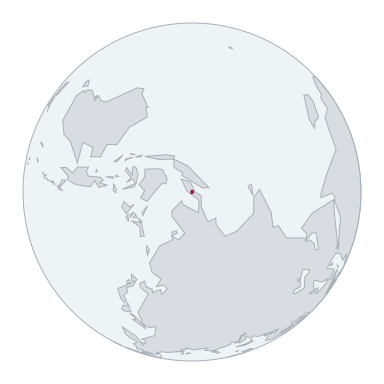 Yala highlighted on a globe, orthographic projection, rotated 172°
{"feature_id": "THA-388", "entity_name": "Yala", "entity_type": "Province", "adm_level": 1, "iso_a3": "THA", "parent_name": "Thailand", "parent_adm1": "", "projection": "orthographic", "projection_center": [101.243, 6.153], "detail": "fine", "context": "on_globe", "style": "filled", "palette": "rose", "viewbox_px": 384, "rotation_deg": 172, "n_neighbors": 0, "source": "natural_earth", "source_scale": "10m", "svg_char_len": 8602}
<svg xmlns="http://www.w3.org/2000/svg" viewBox="0 0 384 384"><g transform="rotate(172 192 192)"><circle cx="192" cy="192" r="169" fill="#eef3f6" stroke="#a8b0b8"/><path d="M351.2,241.9L350.9,243.1L350.8,243.3L351.2,241.9ZM286.0,51.6L290.1,54.7L282.8,49.5L286.0,51.6ZM278.0,46.5L279.2,47.4L276.0,45.6L275.0,45.3L271.0,43.1L266.0,40.2L263.3,38.9L264.7,39.9L261.6,38.8L259.9,37.5L254.3,35.6L244.8,31.6L244.5,31.4L256.0,35.6L267.2,40.7L278.0,46.5ZM275.6,45.6L277.0,46.5L275.9,46.0L275.6,45.6ZM268.8,42.5L266.5,41.7L267.9,41.9L268.8,42.5ZM264.7,40.9L259.4,39.7L262.1,41.3L251.5,36.5L259.5,38.8L260.8,38.7L262.1,39.7L264.7,40.9ZM246.5,34.3L244.4,33.7L245.6,33.8L246.5,34.3ZM57.4,89.9L57.7,89.7L56.9,91.1L51.6,98.3L47.4,109.5L52.3,103.6L53.8,110.5L58.2,111.5L69.1,97.8L62.0,95.8L66.0,88.8L75.8,84.7L82.8,87.5L84.6,84.9L84.6,78.2L90.6,74.4L85.1,75.6L84.0,78.4L80.5,79.5L81.3,77.1L83.4,75.7L82.5,74.1L72.7,82.1L70.5,85.8L65.6,86.2L61.6,92.6L58.6,95.1L64.4,85.4L67.2,82.2L74.1,72.1L70.7,75.4L63.9,85.4L64.0,84.4L59.3,89.8L63.0,84.9L71.3,74.0L70.3,74.8L79.3,66.1L88.8,58.2L91.2,56.4L91.7,56.3L100.4,50.5L101.8,49.8L96.3,53.3L92.7,56.0L94.8,56.9L97.0,55.9L102.5,52.2L102.4,53.3L107.4,49.7L111.7,49.3L110.6,47.0L117.0,43.5L123.1,41.5L125.0,40.1L115.1,43.6L111.4,45.5L108.5,47.6L98.1,53.4L96.0,54.1L106.2,47.2L104.4,47.7L113.1,42.8L134.3,35.2L139.9,34.7L135.8,40.3L130.8,41.9L129.8,40.5L124.9,44.7L128.1,42.9L128.0,44.1L134.1,41.7L134.3,42.4L139.8,39.2L140.7,39.8L137.3,41.9L147.1,39.7L150.7,41.0L152.8,40.2L154.1,39.0L157.9,41.8L159.3,41.2L158.6,39.9L160.9,38.0L166.4,35.8L167.4,36.9L165.6,37.8L163.2,41.7L158.1,44.5L159.1,44.7L163.8,42.7L166.6,37.8L169.7,36.3L169.0,38.3L169.5,37.4L171.3,37.0L174.1,37.8L175.2,35.6L194.0,31.7L201.2,33.4L198.5,35.3L212.8,35.5L219.8,38.5L219.1,37.2L225.5,37.2L223.4,36.2L223.5,35.6L238.8,36.5L243.2,37.9L249.1,37.9L248.7,37.4L245.8,36.2L251.5,36.5L262.1,41.3L262.4,42.1L268.8,45.0L268.5,46.8L271.2,49.9L267.1,50.9L269.6,53.8L271.9,54.7L277.0,59.7L279.7,67.9L267.5,57.2L261.5,46.7L263.1,50.3L259.8,48.5L258.6,49.4L259.9,52.4L261.9,53.3L249.0,55.0L246.4,63.5L253.8,64.0L258.7,67.7L262.2,80.5L249.5,97.0L256.0,104.2L256.6,108.6L251.5,110.6L250.4,104.2L244.9,101.4L245.2,97.8L236.6,99.8L236.5,94.7L229.8,99.3L232.7,103.6L240.3,103.3L234.6,110.0L242.7,118.2L244.0,127.5L231.4,143.1L218.1,147.3L217.3,150.4L211.9,146.5L204.9,152.2L215.1,170.4L214.9,175.6L203.4,184.7L203.1,180.9L188.7,170.7L186.1,182.9L197.0,193.8L200.8,206.3L192.4,202.0L188.6,191.1L183.5,187.1L184.8,176.4L180.5,160.4L172.1,162.9L172.7,156.6L165.4,143.5L153.3,146.8L134.0,162.2L131.4,178.4L124.7,185.1L116.5,161.1L116.6,145.6L111.2,146.7L104.8,133.3L86.6,130.8L86.1,126.8L82.2,128.2L78.0,123.8L78.2,117.5L74.7,117.4L74.7,134.4L78.8,134.6L85.2,128.8L84.2,134.8L88.6,140.8L76.0,154.3L52.6,164.7L53.9,152.6L55.1,119.3L57.2,116.0L57.3,115.6L57.6,114.9L53.9,120.2L55.4,114.1L50.7,136.3L48.4,146.0L52.2,165.3L50.9,167.1L53.2,171.3L65.2,168.4L64.4,172.4L56.5,190.4L43.3,214.2L47.2,232.1L49.8,247.0L46.2,255.7L51.4,267.4L50.2,270.9L53.3,277.4L55.1,283.9L56.3,289.6L53.2,288.1L49.3,282.0L41.9,269.6L37.3,259.9L32.2,246.8L28.1,233.2L26.9,227.8L25.0,217.6L24.1,210.9L23.2,198.1L23.2,185.3L24.2,172.5L26.1,159.7L29.1,147.2L33.0,135.0L37.8,123.0L43.4,111.5L50.0,100.4L57.4,89.9ZM86.4,98.4L93.1,100.2L96.6,91.2L99.4,91.3L99.6,88.4L96.8,90.5L98.1,82.9L103.3,81.2L105.9,77.7L103.7,77.0L94.0,81.5L92.0,92.2L87.7,95.3L86.4,98.4ZM180.4,23.4L179.1,23.6L173.9,24.1L175.3,23.9L168.5,24.9L167.4,24.9L166.7,25.0L163.7,25.4L161.6,25.8L180.4,23.4ZM59.1,88.6L59.0,89.1L59.6,89.1L56.7,92.8L59.1,88.6ZM64.6,81.2L65.0,80.8L61.1,85.5L61.2,85.2L64.6,81.2ZM68.5,77.0L65.3,80.5L67.1,78.4L68.5,77.0ZM97.0,53.0L97.8,52.7L96.6,53.6L94.6,54.9L97.0,53.0ZM153.6,28.9L155.1,28.2L156.2,28.1L161.7,26.7L163.0,26.9L160.2,27.7L153.6,28.9ZM66.0,99.9L62.8,102.2L63.0,100.7L64.0,100.2L66.0,99.9ZM58.0,97.1L58.3,99.5L57.2,98.1L58.0,97.1ZM156.0,28.8L158.1,28.1L157.4,28.7L156.0,28.8ZM164.2,26.9L164.0,27.4L163.7,26.7L164.2,26.9ZM132.3,328.2L135.8,330.2L133.4,330.1L132.3,328.2ZM65.7,247.2L67.8,272.5L63.3,271.9L59.2,264.0L56.3,248.4L60.5,244.7L61.7,237.9L65.7,247.2ZM242.7,236.9L247.6,237.9L247.4,238.7L242.7,236.9ZM237.6,233.9L243.3,234.5L236.6,235.6L237.6,233.9ZM245.5,234.7L251.2,233.5L253.7,232.3L253.3,233.9L245.5,234.7ZM233.7,233.8L212.5,232.5L204.1,230.0L206.1,227.2L219.8,228.7L233.7,233.8ZM205.4,227.1L192.5,218.3L174.6,193.9L181.0,194.6L199.7,209.8L198.5,212.2L206.3,219.0L205.4,227.1ZM236.6,213.8L235.4,221.2L223.7,219.9L218.3,218.5L214.7,208.7L216.7,204.0L221.1,204.4L237.9,189.0L243.8,193.3L238.7,199.9L243.5,206.6L236.6,213.8ZM132.1,180.0L135.7,190.0L132.1,191.4L132.1,180.0ZM244.6,178.1L237.9,184.8L243.9,175.7L244.6,178.1ZM248.0,169.5L248.5,173.1L245.7,169.5L248.0,169.5ZM217.3,155.1L212.7,155.7L212.5,153.2L218.3,151.1L217.3,155.1ZM244.9,135.6L245.1,142.6L244.3,145.0L242.1,140.6L244.9,135.6ZM170.1,32.5L161.0,33.9L155.3,35.7L153.5,37.8L152.2,35.8L160.9,32.9L170.1,32.5ZM190.9,31.5L192.5,30.3L194.4,30.8L194.3,31.2L190.9,31.5ZM190.0,30.8L187.0,29.4L189.6,28.7L191.4,29.9L190.0,30.8ZM171.2,28.1L168.4,28.4L169.0,27.9L171.2,28.1ZM312.5,306.6L312.5,307.9L307.8,312.5L302.0,317.1L298.3,318.5L312.5,306.6ZM278.3,317.1L280.2,311.5L285.5,311.3L281.6,316.1L278.3,317.1ZM316.4,303.1L320.7,298.1L324.3,291.7L321.4,297.5L322.4,297.9L313.3,307.5L316.4,303.1ZM264.2,293.1L231.9,302.7L225.3,301.0L227.9,296.4L223.8,281.8L226.0,282.2L225.8,272.6L245.4,264.6L259.8,249.3L269.6,250.8L277.7,239.6L287.4,241.0L283.9,249.9L293.2,256.5L301.5,236.5L305.3,258.7L310.8,266.9L310.0,280.9L292.9,303.6L284.9,307.7L284.3,305.5L280.7,307.7L276.5,306.5L275.8,298.8L272.3,301.0L276.5,295.5L271.0,300.3L269.6,295.3L264.2,293.1ZM333.1,257.5L334.0,258.2L334.8,262.2L333.4,261.4L333.1,257.5ZM348.7,246.2L348.6,248.1L347.9,248.5L348.7,246.2ZM350.8,243.3L350.0,243.9L351.2,241.9L350.8,243.3ZM340.4,245.1L340.7,246.5L340.2,247.0L340.4,245.1ZM340.1,244.6L341.0,242.4L340.6,244.7L340.1,244.6ZM336.4,232.3L337.1,231.2L337.4,232.1L336.4,232.3ZM254.9,238.4L261.8,232.9L265.5,232.6L254.9,238.4ZM335.6,229.8L333.9,229.5L334.1,228.3L335.6,229.8ZM335.9,227.1L335.8,225.4L336.6,229.4L335.9,227.1ZM332.7,223.2L334.7,226.3L332.5,223.5L332.7,223.2ZM331.4,223.5L329.9,222.0L330.0,221.5L331.4,223.5ZM312.1,224.2L318.2,234.4L313.0,233.8L307.3,227.3L302.2,232.6L291.1,231.0L293.8,227.7L292.5,222.2L280.7,219.4L278.3,215.8L282.6,213.8L274.6,210.5L283.4,209.5L286.8,216.8L291.7,211.6L299.9,213.5L307.7,216.5L313.7,222.2L312.1,224.2ZM283.2,225.1L284.7,225.2L283.3,227.3L283.2,225.1ZM326.9,217.8L329.1,221.5L328.8,222.4L327.7,221.7L326.9,217.8ZM315.1,221.1L321.6,215.7L323.1,216.0L318.7,222.3L315.1,221.1ZM320.2,211.8L323.1,212.9L324.5,216.3L323.9,217.2L320.2,211.8ZM265.3,217.5L264.9,219.4L262.6,217.7L265.3,217.5ZM268.3,216.5L275.2,219.0L267.7,218.1L268.3,216.5ZM246.8,208.4L248.9,213.2L255.6,210.6L250.5,214.6L254.9,222.5L253.3,225.3L249.0,216.7L247.3,225.2L244.3,224.9L242.8,217.5L245.8,208.7L248.8,205.2L260.7,204.4L246.8,208.4ZM268.3,210.8L266.5,205.3L267.8,201.8L269.9,204.7L268.3,210.8ZM260.8,192.1L255.7,185.7L251.2,187.8L260.2,179.8L263.6,187.2L260.8,192.1ZM256.3,178.5L252.1,180.3L256.3,175.6L256.3,178.5ZM250.9,178.2L250.3,174.0L253.7,174.7L250.9,178.2ZM258.5,178.8L259.0,171.7L260.9,176.0L258.5,178.8ZM248.5,164.6L256.0,171.8L246.4,168.4L245.4,154.9L249.4,154.8L248.5,164.6ZM266.9,114.2L265.5,110.7L269.0,110.2L268.9,112.7L266.9,114.2ZM279.0,106.8L269.4,109.0L261.6,111.4L264.3,113.2L263.2,118.9L258.7,113.1L263.7,107.2L269.8,106.5L270.0,101.9L274.1,99.3L272.1,93.5L273.7,91.3L277.3,96.5L279.0,106.8ZM271.1,91.1L269.2,81.7L276.0,83.8L277.9,86.3L275.9,89.6L272.5,88.3L271.1,91.1ZM270.7,80.2L267.4,78.9L257.5,65.5L257.1,63.4L268.2,73.9L265.6,73.4L266.8,76.6L270.7,80.2ZM245.4,34.3L244.5,33.8L246.4,34.5L245.4,34.3ZM222.2,35.1L222.7,34.4L224.9,35.0L222.2,35.1ZM225.3,33.2L222.5,32.9L225.1,32.7L225.3,33.2ZM216.3,32.6L221.2,32.6L217.1,33.3L216.3,32.6Z" fill="#d9dde1" stroke="#a8b0b8" stroke-width="1"/><path d="M190.8,191.8L190.8,191.7L191.0,191.6L191.1,191.4L191.1,191.2L191.3,191.1L191.5,190.9L191.6,190.7L191.8,190.7L192.0,190.7L192.2,190.8L192.3,190.8L192.5,190.8L192.7,190.7L192.8,190.7L192.9,190.8L193.0,190.8L193.0,191.0L192.9,191.1L192.7,191.2L192.5,191.7L192.5,191.8L192.4,191.8L192.4,192.0L192.5,192.0L192.7,192.3L192.7,192.5L192.8,192.8L192.4,192.9L192.3,193.0L192.2,193.0L192.0,193.3L191.9,193.3L191.7,193.5L191.6,193.4L191.4,193.3L191.3,193.2L191.2,193.2L191.3,192.8L191.4,192.7L191.5,192.7L191.5,192.3L191.6,192.2L191.4,192.1L191.5,191.9L191.5,191.7L191.4,191.7L191.2,191.6L191.0,191.8L190.9,191.7L190.8,191.8L190.8,191.8Z" fill="#f43f5e" stroke="#9f1239" stroke-width="1.5"/></g></svg>